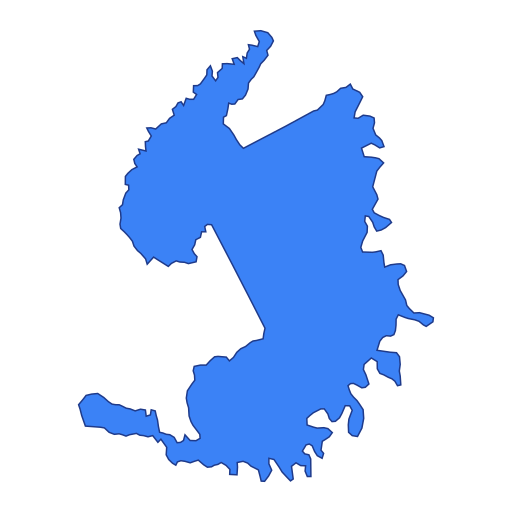 Barbosa Ferraz, Paraná, Brazil
{"feature_id": "56859067B3307529772083", "entity_name": "Barbosa Ferraz", "entity_type": "district", "adm_level": 2, "iso_a3": "BRA", "parent_name": "Brazil", "parent_adm1": "Paraná", "projection": "equal_earth", "projection_center": [-52.053, -24.072], "detail": "fine", "context": "isolated", "style": "filled", "palette": "blue", "viewbox_px": 512, "rotation_deg": 0, "n_neighbors": 0, "source": "geoboundaries", "source_scale": "gbopen_adm2", "svg_char_len": 5376}
<svg xmlns="http://www.w3.org/2000/svg" viewBox="0 0 512 512"><path d="M350.3,84.1L346.0,87.4L340.6,88.3L336.8,91.8L333.8,93.4L330.2,94.5L326.3,95.3L324.8,100.8L323.2,104.5L320.7,106.9L317.4,110.1L313.6,111.0L285.5,126.3L243.4,148.3L239.8,144.8L236.3,139.5L233.9,135.1L229.4,128.5L223.3,123.9L223.5,117.2L226.4,115.6L227.9,108.6L228.7,103.1L231.7,104.2L234.8,104.0L238.1,99.5L242.4,98.9L245.5,95.1L248.0,89.1L248.5,83.0L251.3,79.2L253.8,76.8L256.3,72.4L259.1,67.3L260.7,63.8L264.2,60.2L268.0,55.2L266.7,50.5L270.6,46.3L273.4,40.9L271.9,37.5L267.8,32.7L260.8,30.7L254.4,31.2L255.8,35.3L259.3,41.6L257.7,46.6L252.0,45.2L248.4,44.7L249.5,49.2L247.2,53.0L246.4,58.3L242.8,56.7L243.9,63.6L240.4,60.7L237.3,57.6L232.2,58.7L234.2,64.3L227.2,63.6L222.4,63.8L222.2,68.4L217.5,72.6L218.0,77.4L215.6,80.8L212.0,76.0L212.4,71.2L210.4,65.8L207.0,69.8L206.8,74.9L204.7,78.0L200.4,83.9L197.7,85.6L193.6,85.7L193.3,92.1L196.6,94.5L193.6,99.3L189.6,99.3L186.2,98.3L183.6,105.5L181.1,101.8L178.0,102.9L175.9,106.6L172.4,109.3L174.2,115.2L169.6,118.3L166.3,122.8L161.3,123.9L155.7,129.0L151.0,127.8L146.8,128.0L148.5,131.5L151.3,136.0L148.3,141.0L145.3,141.7L145.5,146.5L146.0,151.0L138.6,149.2L140.1,153.8L137.1,155.5L133.8,159.3L134.8,163.5L137.1,166.9L131.9,169.6L127.9,173.3L125.4,176.4L125.3,184.4L128.6,185.2L128.8,189.8L125.8,193.1L123.3,199.8L122.5,204.7L119.2,207.7L120.6,212.7L121.0,218.1L120.0,224.1L120.7,228.5L124.2,231.7L127.1,234.7L129.4,237.3L132.4,241.2L134.0,246.1L137.5,250.6L140.8,253.4L145.6,258.9L147.2,264.2L153.6,257.1L157.8,259.8L168.3,266.4L171.4,263.4L176.2,260.9L179.8,262.0L184.6,262.3L188.4,263.6L191.4,262.9L196.1,261.8L197.0,256.7L194.3,253.7L192.0,249.5L194.7,244.8L195.8,239.7L200.4,237.3L201.6,231.8L205.8,231.8L204.7,226.5L207.4,224.4L211.6,224.7L232.8,265.4L245.4,289.9L247.9,294.7L265.0,328.2L263.8,333.7L263.1,338.8L256.3,340.5L253.0,341.0L250.2,342.7L245.6,346.5L240.8,348.7L236.8,352.3L233.5,357.4L229.4,360.9L226.3,357.1L218.0,356.4L214.6,356.8L210.3,360.6L206.2,365.1L200.3,365.1L194.2,366.4L193.2,370.8L194.5,375.1L194.8,380.2L191.9,384.0L187.4,390.8L186.3,398.1L187.1,402.8L188.6,407.8L189.1,416.0L191.0,421.6L193.0,425.3L196.8,430.3L199.8,434.3L200.1,438.3L196.0,440.7L190.1,440.5L185.0,434.8L183.5,440.5L180.5,442.4L177.1,442.7L174.2,437.4L169.8,434.7L166.2,434.3L162.9,433.0L159.6,432.3L158.4,426.4L157.5,420.0L156.2,415.5L155.2,410.9L151.2,409.8L150.4,414.9L146.2,416.2L145.4,410.0L140.5,409.2L135.2,410.9L130.1,408.9L126.2,408.2L122.9,406.5L119.3,404.8L115.4,404.7L112.0,404.1L108.3,401.6L103.8,397.5L97.7,393.5L91.6,394.1L86.1,395.4L83.2,399.2L78.6,404.7L80.1,409.2L81.7,415.5L85.4,426.1L100.3,427.2L104.4,427.9L109.1,432.3L114.3,434.3L119.1,433.8L122.3,434.7L126.0,436.1L129.6,434.7L136.4,433.4L139.8,435.2L143.6,435.6L148.0,436.8L152.7,435.6L157.9,442.3L160.9,439.2L166.7,447.3L166.2,454.8L168.7,459.5L172.5,463.2L175.8,465.2L177.4,461.9L180.9,460.7L184.9,461.3L190.2,462.8L194.4,461.3L198.3,460.1L203.7,464.8L207.4,467.2L211.5,466.8L214.3,465.2L217.9,464.4L221.2,462.5L226.1,465.4L229.9,469.4L229.7,474.4L237.0,474.8L237.5,467.1L237.2,462.5L243.1,461.3L247.7,463.1L250.9,466.1L258.4,469.9L260.1,476.4L261.2,481.1L264.6,481.3L268.6,476.0L271.7,470.2L268.9,463.8L268.9,458.3L274.0,459.5L279.2,467.2L282.1,472.0L287.5,477.8L290.5,480.9L293.2,479.0L291.5,466.3L296.0,462.8L300.7,465.6L305.6,465.8L305.1,471.1L307.3,476.5L310.9,476.5L310.7,459.0L308.9,454.8L304.8,453.9L302.4,451.1L306.1,444.9L309.3,444.0L312.2,445.8L314.6,451.5L317.3,455.7L322.1,458.3L323.6,453.4L321.0,450.2L322.3,441.3L325.4,439.4L329.3,436.8L332.3,432.6L327.9,428.6L323.9,427.7L317.2,428.1L313.7,427.2L307.1,425.0L306.8,418.4L309.9,415.5L313.4,412.7L320.8,408.9L324.3,408.9L327.9,414.0L329.3,418.5L332.0,421.6L335.4,421.3L339.5,417.8L341.9,413.4L345.2,405.7L349.7,405.8L352.2,410.3L348.9,419.1L348.3,424.8L348.6,432.3L352.2,435.6L357.5,436.5L361.9,428.1L363.7,418.4L363.1,409.6L359.4,404.0L357.0,400.6L353.4,397.0L350.8,393.7L349.3,389.9L348.0,385.7L350.5,383.6L353.5,383.4L357.0,385.1L361.8,387.8L365.3,387.3L368.9,384.0L365.9,374.8L363.4,369.5L364.1,364.4L371.3,358.0L377.2,361.6L377.3,368.8L379.9,373.4L383.7,374.8L388.1,377.2L391.9,378.8L394.9,381.2L397.5,385.7L400.8,384.9L400.2,376.1L399.3,371.0L400.2,364.4L399.5,356.7L396.5,352.7L390.0,352.2L377.0,350.3L379.8,341.2L382.7,337.5L386.3,335.7L390.6,336.1L393.9,334.6L395.4,330.6L396.0,325.1L396.1,319.1L398.3,314.8L404.8,317.4L408.2,318.5L414.8,319.8L419.0,321.3L423.4,324.9L426.2,326.4L432.9,321.8L433.4,317.8L429.1,315.2L419.6,312.7L413.9,313.0L409.4,308.6L406.8,305.5L405.5,299.9L400.2,290.5L398.2,284.5L398.0,279.6L403.0,275.9L406.6,271.5L404.5,265.5L400.7,263.8L396.8,264.0L390.5,264.8L384.7,267.1L383.9,262.4L383.2,255.1L381.0,250.7L375.6,251.9L372.5,252.3L362.6,252.0L360.8,247.4L362.7,240.9L367.1,232.4L367.4,226.2L364.7,221.4L365.3,215.9L368.8,216.5L372.7,222.3L374.2,226.9L376.7,231.1L381.2,230.0L385.6,227.6L391.5,222.5L389.5,219.4L383.4,217.4L379.0,215.4L374.2,212.8L372.3,209.3L378.0,199.1L376.8,194.7L372.7,186.8L376.8,171.1L379.8,167.2L383.6,162.9L379.0,158.7L375.5,157.8L371.4,157.2L364.2,156.7L361.5,148.1L371.2,143.2L374.7,144.8L379.7,147.9L384.0,146.6L381.8,140.6L379.5,138.0L375.7,134.9L373.0,128.3L374.5,122.8L374.1,118.0L369.9,116.1L363.2,115.2L358.1,118.3L354.1,117.9L355.1,111.9L360.0,102.2L362.7,96.7L359.7,92.3L352.8,89.0L350.3,84.1Z" fill="#3b82f6" stroke="#1e3a8a" stroke-width="1.5"/></svg>